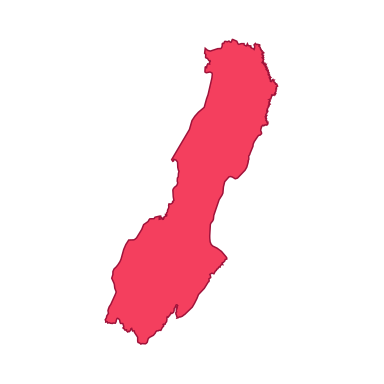 Batheay, Kâmpóng Cham, Cambodia, rotated 16°
{"feature_id": "14789045B52363017269131", "entity_name": "Batheay", "entity_type": "district", "adm_level": 2, "iso_a3": "KHM", "parent_name": "Cambodia", "parent_adm1": "Kâmpóng Cham", "projection": "equal_earth", "projection_center": [104.945, 12.037], "detail": "fine", "context": "isolated", "style": "filled", "palette": "rose", "viewbox_px": 384, "rotation_deg": 16, "n_neighbors": 0, "source": "geoboundaries", "source_scale": "gbopen_adm2", "svg_char_len": 5964}
<svg xmlns="http://www.w3.org/2000/svg" viewBox="0 0 384 384"><g transform="rotate(16 192 192)"><path d="M245.1,66.7L243.5,64.8L242.6,65.3L241.6,63.9L240.4,63.5L239.9,62.6L240.1,61.9L239.3,62.2L238.8,61.5L238.1,62.3L238.2,63.3L237.6,64.1L236.9,64.0L236.0,61.4L235.5,61.7L234.8,60.8L234.7,60.3L235.9,60.0L234.9,59.3L234.3,58.4L233.5,58.6L233.0,58.3L233.7,57.4L232.7,56.9L232.9,56.1L232.3,56.2L231.9,55.6L232.1,54.7L231.6,53.8L231.2,53.9L230.9,54.6L229.4,53.6L229.8,52.9L230.0,53.2L230.3,52.2L229.7,52.1L229.3,52.5L229.2,52.1L229.5,51.7L229.3,51.3L228.8,52.0L228.5,51.9L228.1,50.9L228.1,49.7L227.6,50.5L227.1,49.1L226.8,49.9L226.0,49.7L225.8,49.3L226.1,48.4L224.8,48.7L224.7,48.4L225.1,47.6L224.9,47.3L223.8,47.9L224.4,44.8L223.7,44.5L223.8,43.1L223.3,43.1L222.8,43.8L222.4,43.5L223.1,42.7L223.2,42.2L222.7,41.8L223.0,41.0L221.9,40.9L222.0,39.7L221.3,39.9L221.5,39.3L222.6,38.4L221.9,37.9L220.7,37.9L220.4,36.9L219.8,37.0L219.1,35.9L218.7,36.1L217.6,34.1L216.1,33.3L216.7,32.1L216.5,31.9L214.2,32.0L213.2,32.5L212.0,31.7L211.7,32.3L211.1,33.3L211.3,33.8L212.0,34.3L212.5,36.8L212.4,37.9L211.3,37.3L209.9,37.3L209.0,36.7L208.6,36.9L208.2,36.5L208.4,35.5L208.1,35.4L205.8,35.8L204.4,34.2L204.1,36.4L203.8,36.7L201.7,36.3L201.1,35.0L198.4,35.8L196.3,37.2L195.3,36.8L193.5,34.7L189.1,34.1L188.7,34.3L188.5,36.4L188.2,37.3L187.8,37.5L185.9,36.7L184.5,37.9L182.8,37.9L181.9,38.3L181.5,40.5L180.4,40.7L180.2,41.5L180.6,42.4L180.8,43.9L180.6,45.3L180.1,46.2L177.4,47.0L170.7,51.5L167.9,51.5L165.1,50.2L165.9,55.2L167.3,55.9L167.9,58.8L168.6,59.3L170.0,59.3L172.0,61.0L172.5,61.2L173.2,60.8L173.6,61.4L173.1,62.7L173.7,64.2L171.9,64.4L171.5,66.2L171.7,68.3L170.9,67.8L170.4,68.0L170.3,68.5L171.2,72.6L171.7,73.3L173.0,73.4L176.2,71.7L178.2,72.0L179.0,73.0L179.7,77.0L180.6,93.9L180.3,98.4L180.4,107.3L176.2,113.5L173.9,118.3L172.3,123.3L172.3,132.6L163.5,166.5L165.1,167.8L165.7,167.2L165.6,165.6L168.0,165.8L169.9,167.3L171.5,172.2L172.9,174.8L173.7,175.5L173.9,178.4L174.6,181.1L174.1,182.6L174.8,185.7L175.6,186.8L175.8,188.4L175.4,190.2L173.8,192.4L173.1,194.4L173.1,195.5L175.3,201.8L176.9,205.1L176.0,206.5L176.5,207.1L175.7,208.6L174.4,209.7L173.2,209.7L173.1,210.2L173.3,211.6L173.8,212.6L173.9,213.8L173.5,216.3L173.8,217.2L173.8,218.1L173.4,218.9L173.3,220.5L173.8,220.6L173.8,221.2L174.1,221.4L174.1,221.8L172.9,221.4L173.3,222.5L171.9,223.9L171.9,224.3L172.2,224.4L172.0,226.1L171.3,226.4L170.9,226.2L171.2,225.7L169.8,224.9L169.3,225.4L169.6,225.7L169.5,226.1L168.8,226.9L168.0,227.3L167.5,225.3L168.7,224.5L168.5,223.8L167.7,224.0L163.4,226.4L162.9,228.1L158.9,229.4L158.4,230.3L157.9,232.5L154.5,236.7L154.0,241.8L151.3,251.5L149.9,253.5L149.1,254.1L144.4,255.6L142.9,260.7L142.2,266.0L142.3,276.0L142.0,278.6L140.9,282.3L139.8,284.9L138.3,287.4L137.9,290.2L138.7,293.2L138.6,297.0L141.9,300.9L142.8,302.2L144.2,305.6L146.7,309.0L146.5,311.6L144.9,322.5L144.1,325.0L143.9,327.1L143.9,329.2L145.1,331.7L144.2,334.7L144.4,336.5L143.8,338.8L144.6,339.6L144.9,340.8L146.2,340.1L147.2,341.2L148.3,340.4L149.6,340.7L151.8,340.3L152.2,339.8L154.5,339.2L154.8,337.4L154.6,336.4L154.8,334.4L155.0,334.0L156.2,334.0L157.7,335.0L158.8,337.2L159.6,338.0L161.7,337.5L163.4,339.9L163.5,340.9L163.1,341.7L163.6,341.9L163.8,341.6L165.5,343.2L166.7,342.7L166.6,343.1L168.9,344.3L169.5,343.4L170.2,343.5L170.5,343.0L171.0,341.9L170.9,340.4L171.6,339.7L173.2,342.0L174.3,341.5L174.9,341.5L175.3,342.7L179.8,346.6L180.9,350.4L181.6,351.5L183.3,351.6L184.8,352.3L185.6,351.5L189.0,350.8L189.7,350.1L190.4,348.7L190.3,345.7L190.5,344.7L191.2,343.5L194.4,340.4L195.5,337.9L195.9,336.0L196.6,335.1L197.6,334.9L198.5,334.0L200.2,333.6L200.8,330.5L201.7,328.8L201.7,328.3L200.7,327.4L200.9,327.0L202.6,326.5L202.7,325.0L203.3,323.7L203.0,321.3L202.6,320.3L202.6,318.8L203.5,319.0L203.7,318.7L203.9,317.8L204.5,317.1L205.1,314.3L205.4,314.7L206.2,314.2L207.4,312.8L207.5,311.1L207.0,308.9L207.5,307.8L207.8,305.2L208.0,304.8L208.7,304.6L209.6,305.2L209.0,307.1L209.7,307.3L209.6,308.7L209.2,308.7L209.3,309.6L210.2,311.5L209.7,312.1L210.1,313.7L210.7,314.2L211.8,316.1L212.4,316.5L212.3,317.3L213.2,316.8L214.6,315.4L215.4,315.3L217.1,313.9L218.1,312.3L218.6,312.0L224.0,302.6L225.1,298.3L226.1,293.0L226.5,288.8L230.4,281.2L232.4,274.1L232.9,273.5L233.0,272.7L232.2,270.8L233.5,269.2L233.5,268.8L232.7,267.3L231.8,266.3L233.5,264.5L235.6,264.6L236.2,261.8L237.0,260.6L237.1,259.4L237.8,258.9L238.7,256.5L239.7,256.4L239.6,255.2L239.9,254.4L240.6,253.4L241.5,253.3L240.5,252.2L240.6,251.7L241.5,251.1L242.5,249.2L242.5,247.7L243.9,246.9L243.6,245.8L242.7,245.0L236.9,241.1L231.7,239.1L226.7,238.2L224.9,237.1L223.2,235.0L221.9,231.8L221.1,229.2L218.6,218.2L218.7,216.9L219.9,213.9L220.1,212.3L219.4,208.5L220.2,191.8L221.7,186.7L222.0,184.5L220.8,178.4L220.6,173.1L223.4,167.2L224.8,166.5L226.7,166.5L229.9,167.4L231.9,166.1L237.0,156.4L237.8,153.1L237.8,148.9L237.7,147.2L237.4,146.9L237.6,144.8L236.6,141.8L237.2,140.1L237.1,139.4L238.0,131.3L237.6,129.1L238.0,126.3L240.0,120.1L240.6,119.1L241.8,118.5L242.8,116.8L242.3,115.5L241.1,114.1L240.8,112.2L241.0,110.8L240.7,110.3L241.5,108.5L242.1,108.7L242.8,108.0L243.0,108.3L244.5,106.9L245.0,107.2L245.6,106.9L246.0,106.3L245.8,105.8L246.1,105.4L246.0,104.8L245.3,104.6L245.6,103.9L244.5,103.8L243.7,102.9L243.9,102.6L243.2,102.5L243.4,100.9L243.0,100.5L242.6,100.7L242.6,99.8L242.1,100.0L241.7,99.6L242.3,99.0L242.6,98.2L242.0,98.5L241.6,97.1L242.0,96.5L241.9,95.7L242.3,95.2L242.2,94.6L242.7,93.8L242.1,92.7L241.5,93.2L241.4,92.6L241.8,92.1L241.4,91.3L241.9,90.0L241.8,88.9L241.9,88.4L242.2,88.4L242.0,87.9L241.7,87.9L241.7,87.5L242.3,87.2L242.2,86.5L242.8,86.0L242.2,85.6L241.8,85.8L241.7,85.4L241.3,85.2L241.7,84.4L241.3,83.8L242.0,83.3L242.0,82.8L241.4,82.7L241.4,81.6L241.0,81.6L242.1,80.8L242.1,77.9L242.6,77.2L241.9,76.8L242.1,76.5L243.2,76.7L244.0,76.1L244.3,75.0L244.9,75.8L245.4,74.2L244.5,73.6L245.0,72.3L244.8,71.1L244.2,69.9L244.8,69.6L244.1,67.9L245.1,66.7Z" fill="#f43f5e" stroke="#9f1239" stroke-width="1.5"/></g></svg>